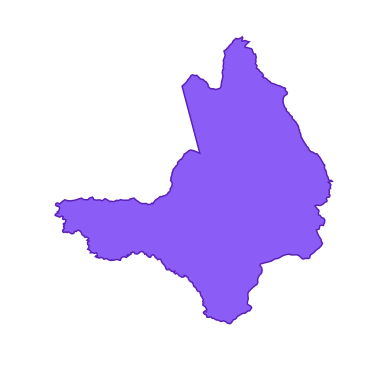 Seringueiras, Rondônia, Brazil, rotated 75°
{"feature_id": "56859067B10080877774160", "entity_name": "Seringueiras", "entity_type": "district", "adm_level": 2, "iso_a3": "BRA", "parent_name": "Brazil", "parent_adm1": "Rondônia", "projection": "orthographic", "projection_center": [-63.234, -11.893], "detail": "fine", "context": "isolated", "style": "filled", "palette": "violet", "viewbox_px": 384, "rotation_deg": 75, "n_neighbors": 0, "source": "geoboundaries", "source_scale": "gbopen_adm2", "svg_char_len": 5959}
<svg xmlns="http://www.w3.org/2000/svg" viewBox="0 0 384 384"><g transform="rotate(75 192 192)"><path d="M87.2,174.2L156.6,174.4L152.8,179.3L151.1,182.2L151.2,183.5L151.4,184.6L152.7,187.2L153.3,189.7L154.9,190.7L157.7,193.7L157.5,194.6L159.7,198.2L161.1,198.6L162.3,199.5L162.6,200.5L164.4,202.7L165.3,204.4L166.5,204.7L168.4,206.4L169.6,206.6L173.3,208.9L174.4,209.0L175.1,209.7L177.7,208.9L178.9,208.9L181.2,210.0L183.1,212.1L185.2,212.8L186.0,213.5L186.1,214.9L187.0,215.6L187.8,216.8L188.7,219.5L188.3,220.8L188.7,222.7L188.2,223.8L188.5,224.9L189.4,226.1L190.4,229.5L193.2,232.9L192.3,233.5L193.2,235.2L192.8,237.3L192.3,238.2L191.3,239.0L190.2,243.5L188.8,245.4L187.6,246.1L184.5,248.8L183.2,249.2L182.8,250.1L182.7,253.4L183.4,254.7L183.3,256.3L182.0,261.0L181.0,262.6L181.2,265.6L180.5,266.6L181.0,269.9L180.5,271.7L179.9,272.6L180.0,273.9L178.6,274.9L175.9,277.7L177.1,280.6L176.9,281.7L176.0,282.7L175.3,284.5L175.3,285.9L174.7,287.4L173.7,288.9L172.6,288.9L171.1,289.5L171.3,290.4L171.2,291.6L171.7,293.3L172.5,294.6L171.7,297.6L171.0,298.9L169.3,300.3L169.6,306.9L169.2,311.4L168.2,314.4L166.6,316.9L168.2,321.2L169.0,321.8L169.2,322.8L168.0,324.3L167.6,325.8L168.3,326.7L169.6,327.1L170.8,326.0L171.6,324.4L172.9,324.0L174.8,324.7L175.7,325.6L176.4,327.1L177.4,326.5L177.5,328.1L178.3,329.8L179.2,330.2L182.0,326.3L181.6,323.8L182.5,322.8L184.6,324.0L185.3,323.1L185.6,321.5L186.5,321.0L189.4,322.7L189.1,323.6L189.6,324.6L191.1,323.8L191.6,324.7L192.5,325.1L193.8,324.5L195.4,326.7L196.6,327.1L197.7,326.7L198.1,323.9L198.9,323.1L198.4,321.9L201.4,318.8L201.2,316.7L200.2,316.0L199.7,314.9L200.2,313.9L199.5,312.7L199.5,311.5L201.3,309.9L202.9,309.4L204.9,309.2L206.6,307.7L208.1,307.2L208.1,305.8L208.8,304.5L210.3,303.8L211.4,305.9L212.7,304.2L213.1,305.5L214.1,306.1L215.6,306.4L217.2,305.4L218.9,306.0L220.3,307.6L222.0,305.6L223.2,305.3L224.4,306.0L225.0,303.5L226.0,302.1L225.9,300.2L227.3,299.7L229.4,300.0L228.8,301.3L229.3,302.1L230.4,301.1L231.9,298.2L231.5,297.1L232.7,295.2L234.1,294.5L234.3,291.5L236.2,289.8L237.2,288.1L236.7,287.2L237.5,286.4L237.7,281.9L238.2,280.8L238.9,280.2L239.4,278.8L237.9,277.9L237.1,276.7L236.7,274.5L238.2,272.5L237.4,270.5L236.4,271.1L235.9,270.0L236.9,269.2L236.1,266.9L234.9,267.0L235.1,265.8L234.7,264.7L235.5,263.3L236.8,263.0L237.7,261.1L237.3,259.0L236.5,258.2L236.4,256.4L236.6,255.4L238.3,254.1L239.9,253.7L239.9,252.2L241.3,252.1L243.9,250.3L244.2,248.9L243.0,247.7L242.4,246.4L242.9,245.3L244.1,244.7L245.6,244.5L246.7,243.4L248.6,242.5L248.2,241.0L248.7,240.1L249.6,239.5L251.0,239.5L252.4,239.2L256.8,237.1L259.1,237.1L260.6,236.4L261.0,235.1L260.3,234.0L261.2,233.7L263.4,232.2L264.1,229.3L264.8,230.5L266.9,229.1L266.4,228.1L267.5,227.0L269.4,226.2L271.8,223.6L271.9,222.4L271.6,221.1L270.6,221.2L270.9,219.8L272.5,219.1L273.3,218.0L275.8,217.9L278.5,216.5L279.5,214.9L283.7,214.6L285.5,213.1L288.5,212.5L289.4,212.0L290.7,210.0L291.8,210.3L294.6,210.2L295.8,209.6L297.0,209.5L298.9,208.9L300.6,210.0L302.1,209.5L302.9,210.5L304.1,210.7L306.3,208.9L309.4,208.0L309.9,209.0L311.2,209.4L310.3,210.2L311.2,212.1L312.2,212.1L313.1,211.7L313.8,210.7L315.1,209.8L316.8,209.9L317.3,208.4L317.5,205.9L319.3,205.2L319.6,203.8L321.9,201.6L322.6,199.7L324.5,197.6L324.7,194.6L325.4,193.4L327.7,191.9L329.0,189.5L328.6,188.0L326.0,185.0L326.1,183.5L325.6,182.2L324.0,180.4L322.6,175.6L322.4,174.2L322.8,171.8L321.4,168.9L321.7,167.1L319.4,164.4L318.4,164.4L317.5,164.8L315.5,166.8L314.4,167.5L312.3,166.8L309.7,165.3L304.8,164.5L303.1,163.2L301.1,160.1L299.0,155.9L298.3,153.5L296.4,151.8L293.7,151.4L291.2,149.8L289.2,147.5L288.7,146.3L288.0,145.6L286.3,144.7L284.1,144.3L283.0,144.4L280.3,145.3L279.2,144.4L279.3,133.7L278.8,131.4L278.1,129.9L278.4,125.7L277.1,121.0L276.8,117.0L277.2,114.4L278.6,112.0L279.8,107.0L280.8,105.6L282.2,104.4L284.8,103.0L285.7,101.5L285.4,100.1L286.4,96.6L286.1,95.4L284.4,94.6L283.3,93.5L282.3,90.5L280.2,86.9L279.0,83.7L277.4,81.1L275.4,79.2L272.8,79.8L271.0,79.7L268.1,80.7L264.9,81.4L260.9,81.7L260.6,78.5L258.8,78.0L257.7,77.2L257.6,75.5L258.3,73.8L255.7,71.8L253.5,71.0L251.5,71.5L250.8,72.8L250.0,73.6L247.9,74.3L247.1,75.5L245.5,75.5L242.9,74.2L241.6,74.6L240.8,75.4L239.7,75.7L237.3,76.8L236.7,75.9L238.2,71.8L238.1,70.5L237.7,68.8L236.3,66.1L236.2,64.3L235.3,63.8L233.3,64.0L232.2,62.9L232.4,60.8L231.5,59.8L230.5,59.6L229.3,60.2L227.2,59.2L225.8,59.2L224.9,58.4L224.3,57.2L222.0,56.9L221.1,55.9L219.9,56.3L219.0,57.2L217.8,57.8L217.9,53.8L216.7,54.7L216.7,55.8L215.7,56.8L212.7,56.8L210.6,57.4L206.1,57.1L204.5,57.8L202.6,57.8L200.3,56.8L199.4,57.5L192.1,59.5L187.5,61.4L187.0,62.9L184.6,65.3L183.8,66.7L181.9,67.9L179.0,68.3L177.9,69.3L176.1,69.6L174.3,70.4L166.9,72.4L164.3,72.0L161.8,72.4L159.9,72.1L158.7,72.6L157.3,72.3L155.4,72.4L151.9,73.4L148.2,75.2L147.4,76.1L145.0,75.8L142.5,77.6L140.4,78.1L138.4,79.8L135.9,79.5L134.7,80.3L132.8,80.7L129.5,80.8L128.0,80.6L125.8,79.9L123.5,78.5L122.2,75.0L120.6,74.1L118.1,75.4L117.1,75.5L116.2,74.9L115.4,75.5L115.0,76.6L112.2,79.7L110.8,82.4L109.8,83.3L107.1,87.5L105.6,88.1L103.7,89.8L102.1,90.6L101.0,91.6L100.1,93.4L98.9,94.1L98.5,92.9L97.2,92.9L95.1,93.7L92.5,95.6L91.3,95.7L89.0,97.7L86.6,96.5L85.4,97.2L83.9,97.5L82.6,96.4L81.0,96.3L78.4,95.1L75.2,95.0L74.6,96.6L72.7,97.0L70.0,97.0L68.8,97.6L68.3,98.9L66.4,101.8L66.2,103.2L64.9,103.2L63.7,101.7L61.7,97.9L60.9,99.6L59.5,101.2L59.5,102.6L59.1,104.8L56.2,103.1L55.1,103.4L56.1,105.2L55.9,106.3L56.3,107.9L55.0,109.9L55.8,110.9L56.0,111.9L57.0,113.5L58.3,114.4L59.3,115.9L60.4,118.1L61.1,119.0L62.0,119.6L62.1,120.8L63.1,121.9L64.0,124.6L68.8,124.6L73.2,127.8L74.7,127.8L79.4,129.6L80.9,129.5L82.2,130.8L84.5,131.9L87.5,132.0L88.9,132.4L93.0,134.8L98.3,137.0L99.0,138.2L99.2,141.7L98.8,143.3L97.7,144.6L97.6,145.6L97.0,147.3L94.6,149.0L92.3,148.7L88.9,150.1L88.2,151.0L85.9,152.4L85.3,154.4L80.5,157.2L80.4,158.7L78.9,161.4L79.3,162.8L81.4,165.0L82.7,167.2L83.9,168.3L85.2,170.1L87.2,174.2Z" fill="#8b5cf6" stroke="#5b21b6" stroke-width="1.5"/></g></svg>